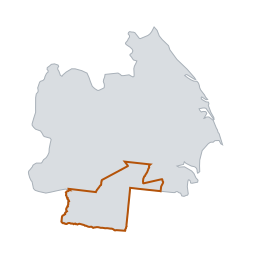 Wouleu-Ntem on a map of Gabon (Albers equal-area conic projection), rotated 186°
{"feature_id": "GAB-2187", "entity_name": "Wouleu-Ntem", "entity_type": "Province", "adm_level": 1, "iso_a3": "GAB", "parent_name": "Gabon", "parent_adm1": "", "projection": "albers", "projection_center": [12.153, 1.276], "detail": "fine", "context": "in_parent", "style": "outline", "palette": "amber", "viewbox_px": 256, "rotation_deg": 186, "n_neighbors": 0, "source": "natural_earth", "source_scale": "10m", "svg_char_len": 5930}
<svg xmlns="http://www.w3.org/2000/svg" viewBox="0 0 256 256"><g transform="rotate(186 128 128)"><path d="M184.4,30.1L184.2,32.4L181.6,38.1L180.3,42.5L180.0,47.2L180.8,50.9L182.0,53.6L182.9,56.5L182.2,58.5L181.0,59.4L181.8,60.4L183.7,60.7L187.0,59.8L192.0,58.2L198.5,56.0L202.9,54.7L210.0,55.5L213.8,56.3L215.7,57.9L217.8,64.6L218.9,65.6L220.6,68.4L222.0,71.9L222.4,73.6L222.2,74.8L220.8,76.7L219.1,79.4L218.6,81.1L217.2,82.3L215.5,83.5L210.7,84.0L210.0,84.7L208.7,87.6L206.2,90.0L205.0,92.3L204.0,95.4L204.2,99.3L203.7,104.8L203.2,108.5L204.5,109.8L210.2,110.7L211.3,111.4L212.8,113.7L214.7,115.9L219.9,117.2L222.0,118.9L223.6,120.7L223.8,122.2L222.7,128.2L221.5,133.9L222.0,138.3L222.4,142.4L223.0,148.5L222.8,152.2L221.3,154.5L221.3,156.2L222.0,158.4L220.7,164.3L219.9,165.3L217.5,166.4L216.3,168.0L215.9,170.5L214.7,173.9L213.4,175.1L213.4,176.7L214.6,177.8L214.6,179.6L212.3,181.7L210.9,183.3L207.8,184.1L204.2,183.3L203.4,182.1L204.2,180.3L203.9,178.8L202.7,177.3L200.8,173.4L199.1,172.5L198.2,174.1L195.3,177.2L190.2,181.0L186.6,181.3L180.0,180.2L174.5,178.3L171.9,173.8L170.2,170.1L167.9,165.7L165.2,163.7L162.4,162.3L161.1,162.3L157.1,164.7L155.9,165.6L155.9,167.7L156.3,169.5L156.9,170.5L157.4,171.7L157.3,173.6L156.6,176.1L156.4,178.9L143.7,181.6L141.5,180.6L139.9,179.4L138.0,179.6L132.5,181.0L130.4,180.0L128.4,179.3L127.5,179.9L127.4,181.1L128.4,187.6L128.1,190.1L126.8,193.4L126.2,195.6L129.5,196.2L130.7,197.3L131.9,198.9L133.6,200.4L133.7,201.4L131.8,203.1L131.2,205.2L132.1,206.8L134.4,208.6L137.7,210.3L139.3,211.5L139.2,212.6L137.6,214.9L137.0,216.8L136.0,218.5L136.2,220.1L137.7,221.6L137.5,223.0L136.5,224.0L134.4,223.8L132.7,223.9L131.1,223.5L126.1,218.3L125.0,218.2L117.9,222.1L116.1,223.8L114.6,226.1L112.6,231.2L109.3,228.2L106.5,222.8L103.2,219.5L96.3,214.1L94.5,210.1L86.6,201.4L75.3,192.6L67.1,185.0L65.8,183.3L67.2,183.5L75.1,187.3L76.2,186.9L77.1,186.1L73.7,184.1L70.5,182.5L67.4,181.5L64.3,181.6L62.6,180.0L61.5,177.6L60.9,175.5L59.6,173.3L55.3,168.8L54.2,167.0L51.8,164.7L53.3,164.3L57.9,166.6L58.4,165.7L58.0,164.4L53.3,162.2L50.7,162.1L50.1,160.6L50.5,158.8L47.2,152.2L43.7,147.3L43.2,145.0L52.5,155.7L53.8,155.9L55.4,155.8L59.3,154.6L58.6,153.2L56.8,151.6L55.1,152.3L52.9,152.5L51.8,151.8L51.2,150.7L53.5,145.5L52.5,145.8L51.8,146.7L50.6,147.2L48.7,147.4L44.1,144.6L40.1,137.1L39.0,135.6L37.9,133.0L36.8,131.9L32.2,121.2L34.0,122.0L36.1,125.1L40.2,124.5L41.9,122.7L43.3,122.7L44.7,122.3L46.6,120.7L51.9,113.3L53.3,103.6L52.9,97.8L52.1,92.1L53.9,90.3L54.6,91.5L54.9,93.5L55.7,95.1L57.6,96.4L61.1,96.8L66.6,98.9L68.5,100.3L69.0,97.6L75.3,95.3L73.4,94.4L67.8,95.3L60.2,91.9L57.7,89.7L55.3,85.6L52.9,83.4L53.1,81.4L58.6,79.7L60.0,79.9L60.6,82.0L62.0,82.9L62.6,82.6L62.9,80.8L62.9,75.9L61.2,68.9L61.7,67.5L63.2,67.0L64.6,66.1L65.5,65.9L67.4,66.1L68.3,67.7L68.8,68.6L70.7,69.0L72.2,69.9L73.5,69.7L74.6,68.7L76.2,68.5L81.2,68.5L85.7,68.5L94.7,68.6L103.7,68.6L112.7,68.6L119.5,68.7L119.5,64.7L119.5,58.5L119.4,51.1L119.4,44.1L119.4,37.6L119.3,29.9L119.7,27.7L120.2,26.8L120.0,25.6L127.0,25.5L139.6,26.1L145.1,26.0L146.6,26.1L153.5,25.7L159.1,26.2L161.4,26.7L163.6,27.0L170.3,27.3L179.0,26.9L181.9,27.0L183.6,28.1L184.4,30.1Z" fill="#d9dde1" stroke="#a8b0b8" stroke-width="1"/><path d="M130.2,24.8L130.7,24.9L131.0,25.0L131.7,25.6L133.4,26.2L133.9,26.2L135.0,26.1L137.9,26.2L140.4,25.9L142.9,26.1L144.9,25.9L145.5,26.0L146.8,26.2L148.3,26.2L148.9,26.1L150.2,25.7L150.8,25.6L151.2,25.5L151.9,25.1L152.2,25.1L152.6,25.2L153.7,25.9L154.3,26.0L156.1,25.6L157.4,25.7L159.2,26.3L159.8,26.5L160.6,26.3L161.1,26.7L161.9,27.0L166.4,27.7L167.0,27.5L167.5,27.2L167.9,26.9L168.3,26.7L168.9,26.9L169.6,27.2L170.3,27.4L170.5,27.0L171.0,27.2L171.4,27.2L171.8,27.1L172.1,26.7L173.1,27.1L173.7,27.2L174.1,27.1L174.5,26.9L175.1,27.0L176.0,27.4L177.4,27.2L177.7,27.1L178.4,26.5L178.8,26.2L179.1,26.1L180.1,26.1L181.0,26.3L181.4,26.6L181.7,26.7L182.0,26.7L182.4,26.5L182.7,26.5L183.0,26.6L183.6,27.0L184.1,27.5L184.4,27.8L184.5,28.3L184.4,29.3L184.4,30.1L184.4,32.1L184.3,33.2L183.9,34.0L182.8,34.7L182.6,34.8L182.0,35.5L181.8,35.6L181.5,35.7L181.5,36.0L181.7,36.6L181.6,36.9L181.4,37.2L181.2,37.4L181.0,37.6L180.8,38.0L180.5,38.6L180.2,38.7L180.0,38.8L180.4,39.4L180.7,40.0L180.9,40.2L181.0,40.6L181.0,41.2L180.6,42.4L180.4,42.9L180.0,43.3L179.6,43.6L179.9,44.1L179.8,44.7L179.5,45.3L179.4,46.0L179.6,47.6L179.5,48.4L178.9,49.0L179.5,50.0L180.1,50.8L180.3,50.6L180.7,50.9L180.9,51.3L181.0,51.7L180.8,52.2L181.5,52.5L182.1,54.1L182.6,54.5L182.6,56.3L182.6,56.6L182.6,56.8L182.7,57.1L183.0,57.5L182.9,57.6L182.7,57.7L182.4,58.4L181.9,58.7L181.4,58.9L180.9,59.0L180.6,59.2L180.5,59.7L180.3,60.1L179.6,60.1L180.0,60.4L180.4,60.6L180.7,60.8L180.8,61.3L153.3,60.9L153.3,61.2L153.2,61.5L152.8,62.2L152.7,62.3L152.6,62.5L152.5,63.0L152.4,63.3L152.0,63.7L151.4,64.9L151.3,65.0L150.8,65.6L150.7,65.8L150.6,66.0L150.2,66.9L149.9,67.4L149.0,68.6L148.9,68.6L148.8,69.2L148.8,69.9L148.9,71.1L148.9,71.3L148.8,71.6L148.7,71.8L148.8,71.9L148.8,72.0L148.7,73.1L148.6,73.4L148.3,73.7L124.5,89.9L124.2,90.1L124.2,90.3L124.3,90.6L127.7,94.2L102.0,94.1L102.2,93.9L102.4,93.6L102.5,93.5L102.6,93.4L102.9,93.1L103.0,92.7L103.1,92.4L103.1,92.0L102.8,90.9L102.9,90.6L103.0,90.4L103.3,90.1L103.4,89.8L103.5,89.6L103.6,88.7L104.3,86.3L104.4,85.9L104.8,85.3L104.8,85.1L104.9,84.8L105.0,84.6L105.1,84.4L105.3,84.2L105.5,83.8L105.7,83.6L106.0,82.2L106.3,81.9L106.8,81.5L106.8,81.3L106.9,81.1L107.1,80.3L107.4,79.4L107.5,79.0L107.5,76.7L107.4,76.0L107.1,74.7L106.7,74.6L89.4,80.5L88.9,80.6L88.7,80.6L88.5,80.3L88.2,79.3L88.1,79.0L87.9,78.7L87.4,78.0L87.4,77.5L87.5,76.9L88.0,75.6L88.3,74.9L88.9,73.3L89.0,68.5L89.8,68.6L99.7,68.6L107.2,68.6L109.6,68.6L119.6,68.7L119.5,60.0L119.5,51.3L119.4,44.4L119.4,42.6L119.4,33.9L119.4,31.3L119.1,30.0L119.3,29.7L119.5,29.3L119.5,28.9L119.5,28.4L119.6,27.9L119.8,27.5L120.0,27.2L120.2,26.7L120.2,26.3L120.0,25.8L120.1,25.5L128.9,25.2L129.8,24.9L130.2,24.8Z" fill="none" stroke="#b45309" stroke-width="2"/></g></svg>